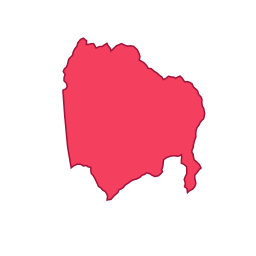 Itororó, Bahia, Brazil, rotated 212°
{"feature_id": "56859067B83493520997574", "entity_name": "Itororó", "entity_type": "district", "adm_level": 2, "iso_a3": "BRA", "parent_name": "Brazil", "parent_adm1": "Bahia", "projection": "natural_earth1", "projection_center": [-40.027, -15.038], "detail": "fine", "context": "isolated", "style": "filled", "palette": "rose", "viewbox_px": 256, "rotation_deg": 212, "n_neighbors": 0, "source": "geoboundaries", "source_scale": "gbopen_adm2", "svg_char_len": 2273}
<svg xmlns="http://www.w3.org/2000/svg" viewBox="0 0 256 256"><g transform="rotate(212 128 128)"><path d="M40.9,116.6L42.8,118.9L44.5,120.4L46.4,123.5L45.8,127.1L45.7,130.1L44.8,132.7L47.9,134.7L51.6,135.6L55.3,136.2L57.6,138.7L59.0,140.4L60.9,141.2L62.0,143.2L62.3,145.8L63.7,148.8L65.0,152.7L65.7,156.4L67.5,159.0L68.8,161.5L69.7,164.7L69.4,168.1L69.7,170.8L69.5,173.4L68.8,175.7L69.5,178.1L70.7,181.0L74.2,184.7L76.7,186.1L79.0,188.8L80.5,191.5L82.6,193.0L86.1,194.0L88.6,196.3L91.2,197.0L94.1,197.3L96.9,199.3L99.2,199.5L101.9,198.9L104.5,197.1L106.5,198.1L108.7,199.1L111.5,199.6L112.9,197.4L114.0,195.3L116.1,195.4L118.2,194.3L121.1,193.3L121.9,190.7L123.6,187.8L126.2,189.1L129.4,189.4L132.5,190.0L135.8,190.0L139.8,190.6L142.6,189.3L144.7,190.5L146.7,191.2L149.1,191.8L151.9,191.7L154.3,191.5L155.9,195.1L157.8,196.8L159.6,198.0L161.4,199.1L163.4,199.6L166.5,200.2L169.3,199.1L171.8,197.2L174.5,196.5L178.3,196.1L179.6,194.0L181.3,191.8L182.3,188.0L183.3,184.3L185.5,186.2L188.1,187.1L190.8,188.6L192.2,185.6L193.2,183.3L195.3,182.0L197.4,178.9L199.8,180.2L201.9,181.3L203.9,180.0L205.4,178.3L207.5,176.8L209.3,180.0L211.3,180.2L213.5,180.5L215.2,177.9L215.7,173.8L214.7,170.4L215.1,166.7L214.7,163.3L213.6,160.3L214.2,157.7L214.7,155.2L214.1,153.0L213.0,149.8L212.5,147.1L213.3,144.3L212.8,141.5L209.7,140.1L209.0,137.0L207.3,134.1L204.1,133.4L201.6,131.1L201.4,128.4L203.2,125.5L187.4,103.8L185.8,101.8L184.4,99.9L169.2,80.0L155.1,64.1L154.1,67.0L152.0,70.4L148.6,72.2L145.5,72.2L143.9,74.0L141.2,73.9L138.8,74.9L136.8,72.1L135.1,70.0L132.5,69.3L129.1,67.5L126.0,65.5L124.1,64.3L122.3,62.9L119.1,62.7L116.4,61.9L114.0,62.1L111.5,61.2L109.1,59.2L107.6,55.8L104.6,58.5L104.1,62.3L103.4,64.9L102.4,67.9L102.9,70.9L101.4,73.0L100.4,75.2L100.3,78.0L98.7,81.2L97.3,84.6L95.8,87.1L93.7,89.3L91.9,92.2L90.9,95.6L89.3,97.5L88.3,100.0L85.4,100.8L82.5,100.7L79.5,101.1L76.9,103.6L76.0,106.5L75.6,109.2L77.4,110.5L77.9,113.4L79.5,116.7L81.0,120.1L79.5,123.5L76.9,126.8L74.1,129.0L71.9,129.9L70.1,131.1L68.5,133.6L67.0,131.7L65.9,129.4L64.2,126.5L61.1,126.8L57.7,126.2L55.7,123.2L53.9,120.2L53.7,117.3L53.1,114.2L51.2,112.6L49.7,110.9L49.0,108.2L46.0,108.0L43.3,104.7L42.6,107.4L40.8,110.4L40.3,113.3L40.9,116.6Z" fill="#f43f5e" stroke="#9f1239" stroke-width="1.5"/></g></svg>